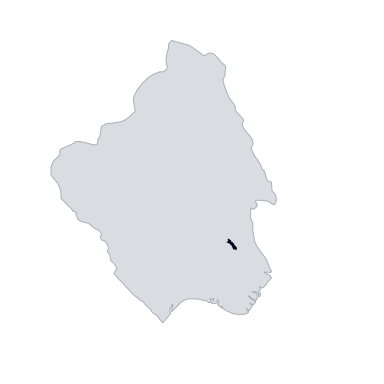 Ebonyi, Ebonyi, Nigeria (highlighted), rotated 314°
{"feature_id": "59680162B19549725656045", "entity_name": "Ebonyi", "entity_type": "district", "adm_level": 2, "iso_a3": "NGA", "parent_name": "Nigeria", "parent_adm1": "Ebonyi", "projection": "equal_earth", "projection_center": [8.133, 6.541], "detail": "fine", "context": "in_parent", "style": "filled", "palette": "ink", "viewbox_px": 384, "rotation_deg": 314, "n_neighbors": 0, "source": "geoboundaries", "source_scale": "gbopen_adm2", "svg_char_len": 5089}
<svg xmlns="http://www.w3.org/2000/svg" viewBox="0 0 384 384"><g transform="rotate(314 192 192)"><path d="M286.8,72.1L295.6,88.2L297.6,100.2L298.3,106.1L299.8,106.8L302.5,107.1L304.5,108.3L305.7,110.3L306.5,112.1L306.6,113.2L306.1,120.4L305.5,123.0L305.9,126.5L305.8,128.0L305.5,129.1L304.3,130.3L302.6,131.4L298.7,134.9L297.5,135.4L295.9,135.5L294.4,136.3L292.7,138.2L289.1,145.1L286.0,152.0L283.7,163.2L281.0,166.7L280.5,169.8L280.1,176.8L279.7,178.9L279.2,179.5L276.2,180.9L274.5,182.5L273.5,185.6L272.2,196.4L271.8,198.2L270.8,200.1L269.3,202.1L267.9,203.2L264.5,204.0L261.3,212.1L261.2,213.5L259.8,220.9L257.3,226.5L257.1,230.1L254.0,235.0L252.4,238.3L254.1,241.8L254.2,242.4L248.8,248.3L248.4,249.2L248.2,253.2L247.8,254.3L246.8,255.8L245.4,257.5L243.9,258.8L242.2,259.7L240.6,260.0L239.7,259.5L239.1,258.2L238.2,253.2L237.8,252.2L236.7,251.2L232.5,245.7L230.0,243.7L229.4,243.9L229.0,244.4L228.3,247.2L227.6,248.2L226.3,248.6L224.0,248.6L222.3,248.2L221.9,247.6L221.1,245.5L215.9,250.5L214.1,251.6L211.8,257.5L208.5,260.5L206.2,263.1L200.2,271.1L199.0,273.5L197.8,277.1L195.2,292.2L191.0,301.7L190.5,303.7L190.2,303.7L189.7,304.5L188.1,304.0L187.3,302.2L186.3,301.9L184.6,299.4L184.2,299.8L186.1,306.3L185.4,308.9L180.3,308.9L175.9,309.8L172.9,309.7L171.3,308.8L170.7,306.3L170.4,306.6L170.3,307.9L169.3,308.9L165.9,309.1L164.4,307.5L163.2,305.6L161.9,304.8L162.1,305.6L163.6,307.4L163.4,310.0L160.7,313.1L158.9,313.2L157.9,311.9L157.3,309.8L157.0,306.6L156.3,304.5L155.9,304.5L156.4,308.0L156.4,311.2L157.7,313.7L155.7,314.5L153.3,314.5L153.0,313.6L152.7,311.6L152.3,311.0L151.8,314.5L146.9,315.5L146.2,315.3L146.0,314.7L146.4,313.7L146.3,312.2L145.2,313.4L145.1,315.8L144.4,316.2L142.6,315.8L140.5,314.6L137.2,311.5L133.1,306.6L132.5,304.3L131.3,301.6L129.2,294.0L129.6,293.7L130.5,294.1L131.0,293.4L129.3,292.9L128.9,292.3L128.8,290.6L128.9,288.6L131.5,287.5L132.1,286.3L132.4,285.0L129.3,286.9L126.3,284.8L125.7,283.5L126.0,282.5L129.4,282.4L130.6,281.5L129.9,281.1L128.6,281.2L128.1,280.5L128.1,279.0L127.7,279.3L127.1,280.7L125.1,281.7L124.0,280.7L123.9,278.4L123.6,277.4L122.6,276.6L119.1,270.7L114.8,265.7L110.9,262.3L105.0,260.7L92.7,260.7L92.0,260.3L92.7,259.5L93.8,259.0L97.8,256.2L97.1,255.8L93.0,257.6L91.6,257.7L89.7,261.1L77.6,261.8L77.6,260.3L78.2,255.9L78.9,252.9L78.1,249.2L77.9,245.9L78.5,244.9L78.6,243.6L78.6,235.1L79.2,233.9L79.2,233.0L78.0,229.4L78.0,226.6L77.8,223.9L77.4,222.7L77.9,212.4L77.8,209.8L78.2,208.0L78.4,203.5L78.4,199.1L79.2,192.3L84.4,191.3L85.7,188.6L86.4,185.2L86.2,181.8L87.9,178.9L90.0,176.2L89.9,173.4L90.5,172.5L91.4,171.8L92.8,171.5L94.4,170.0L95.3,167.5L96.1,163.5L94.8,160.7L94.8,160.1L95.3,158.6L96.2,157.1L96.8,156.6L98.3,157.0L98.8,156.4L99.8,151.9L99.7,150.7L98.3,147.8L97.6,139.7L97.2,138.7L96.1,137.2L93.3,131.6L93.3,128.9L94.6,125.5L95.4,123.8L96.5,122.9L96.7,122.1L96.4,121.2L95.8,120.4L95.7,118.9L96.3,116.8L96.1,114.4L96.5,102.3L98.8,100.0L102.3,96.0L104.0,91.9L105.0,88.8L106.2,78.5L108.0,77.4L111.4,73.6L116.1,71.4L119.1,70.7L124.4,71.2L127.1,70.8L129.4,68.7L130.5,68.2L131.9,67.8L145.1,73.2L146.3,72.9L147.3,73.3L149.0,74.7L152.8,79.7L156.9,87.5L158.2,89.1L159.4,90.0L160.7,90.4L161.7,90.2L162.7,89.5L164.0,88.0L165.9,87.4L167.5,87.5L175.7,81.6L176.5,81.5L181.6,82.8L188.5,88.7L194.1,92.6L198.1,93.9L202.7,94.8L210.7,95.1L216.6,86.8L218.8,84.9L221.5,83.3L227.1,81.8L236.3,80.7L244.9,81.2L250.3,82.6L256.0,85.3L258.5,87.9L262.3,88.4L265.1,87.8L265.9,85.2L268.7,81.8L272.8,78.7L276.2,76.5L278.9,75.5L281.4,73.0L283.3,72.2L286.8,72.1ZM166.2,312.5L164.3,313.3L163.1,313.1L164.8,309.7L165.7,310.4L166.7,310.7L166.2,312.5Z" fill="#d9dde1" stroke="#a8b0b8" stroke-width="1"/><path d="M182.4,262.1L182.4,261.9L182.5,261.9L182.5,262.0L182.4,262.0L182.5,262.0L182.5,261.9L182.4,261.8L182.3,261.7L182.4,261.4L182.5,261.4L182.5,261.5L182.7,261.4L182.6,261.2L182.6,260.9L182.6,260.7L182.6,260.4L182.4,260.3L182.4,260.2L182.5,260.2L182.4,260.2L182.3,259.9L182.5,259.8L182.6,259.7L182.6,259.4L182.5,259.2L182.4,259.0L182.4,258.9L182.5,258.9L182.8,258.7L182.9,258.4L183.0,258.4L183.0,258.2L182.9,258.0L182.9,257.9L182.8,257.7L182.8,257.4L182.7,257.3L182.7,257.2L182.8,257.2L182.7,257.1L182.6,256.8L182.8,256.6L182.7,256.6L182.7,256.4L182.7,256.1L182.8,256.1L182.9,255.9L182.7,255.7L182.6,255.4L182.5,255.2L182.6,254.8L182.7,254.7L182.9,254.6L183.2,254.4L183.4,254.1L183.4,252.5L183.1,251.3L182.9,251.4L182.8,251.6L182.7,251.8L182.6,252.1L182.5,252.3L182.5,252.5L182.4,252.8L182.2,252.9L181.9,252.9L181.7,252.9L181.6,253.0L181.5,252.9L181.2,252.8L180.9,252.7L181.1,253.2L181.2,253.5L181.9,255.5L181.6,255.7L181.6,255.9L181.6,256.2L181.6,256.7L181.7,256.9L181.6,257.1L181.6,257.5L181.6,257.8L181.5,258.0L181.6,258.3L181.6,258.5L181.4,258.7L181.4,258.9L181.3,259.0L181.2,259.1L180.9,259.6L180.9,259.8L180.8,260.1L180.8,260.3L180.7,260.5L180.6,260.8L180.6,261.0L180.5,261.3L180.5,261.5L180.4,261.5L180.7,262.1L180.8,262.2L181.0,262.4L181.0,262.5L181.3,262.8L181.5,263.1L181.6,263.3L181.8,263.2L181.9,262.9L182.0,262.9L182.0,262.7L182.2,262.4L182.3,262.3L182.3,262.2L182.4,262.1Z" fill="#0f172a" stroke="#020617" stroke-width="1.5"/></g></svg>